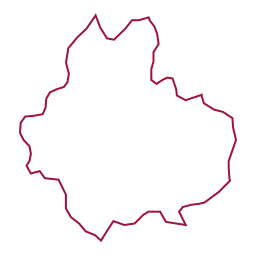 Nonsan-si, South Chungcheong, South Korea
{"feature_id": "91817680B11377751855609", "entity_name": "Nonsan-si", "entity_type": "district", "adm_level": 2, "iso_a3": "KOR", "parent_name": "South Korea", "parent_adm1": "South Chungcheong", "projection": "equal_earth", "projection_center": [127.164, 36.193], "detail": "fine", "context": "isolated", "style": "outline", "palette": "rose", "viewbox_px": 256, "rotation_deg": 0, "n_neighbors": 0, "source": "geoboundaries", "source_scale": "gbopen_adm2", "svg_char_len": 1090}
<svg xmlns="http://www.w3.org/2000/svg" viewBox="0 0 256 256"><path d="M201.7,94.8L201.4,94.9L185.6,100.2L176.9,95.5L176.2,89.3L172.5,78.4L167.4,77.6L162.3,80.0L156.5,83.9L151.3,80.0L151.3,69.1L153.5,61.3L153.5,52.0L158.6,44.2L157.2,34.1L154.3,26.3L149.9,20.8L148.6,17.4L138.9,20.2L132.1,20.2L125.3,28.7L113.9,39.7L107.0,38.4L100.2,27.5L95.6,15.4L86.5,28.7L77.4,37.2L68.3,48.2L66.0,62.7L68.9,73.7L67.4,82.3L63.8,87.0L56.5,89.3L49.9,92.4L46.3,98.7L45.5,108.0L42.6,114.2L33.8,115.8L25.1,116.6L20.7,122.8L20.0,132.9L23.6,140.0L29.5,146.2L30.9,154.0L29.4,161.0L26.5,165.7L29.3,170.7L30.9,173.5L39.7,171.1L44.8,178.2L58.6,179.7L65.9,194.6L65.9,208.6L71.0,217.2L79.1,223.5L85.6,231.3L95.1,235.2L101.0,240.6L106.8,231.3L113.4,221.1L124.3,225.0L134.6,223.5L143.3,214.9L148.4,211.7L160.1,211.7L166.0,221.9L185.7,225.0L179.1,211.7L182.8,207.0L191.5,204.7L198.8,203.9L204.7,202.4L214.2,195.3L218.5,192.2L230.0,180.7L229.5,178.9L228.7,168.0L228.7,161.0L236.0,140.0L233.1,127.5L232.4,118.1L222.9,111.9L214.1,109.6L203.9,103.3L201.7,96.3L201.7,94.8Z" fill="none" stroke="#9f1239" stroke-width="2"/></svg>